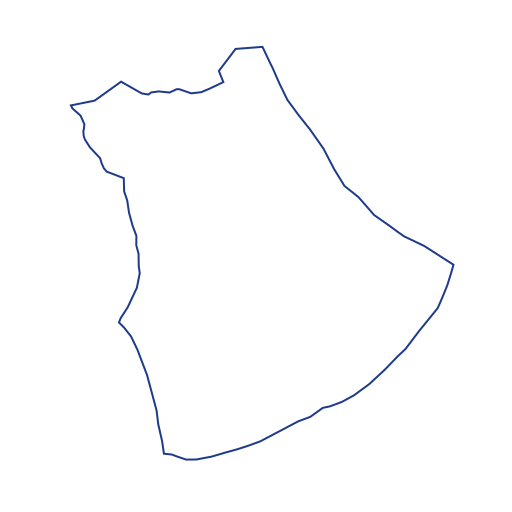 Ukwuani, Delta, Nigeria (Mercator projection), rotated 95°
{"feature_id": "59680162B21365932465956", "entity_name": "Ukwuani", "entity_type": "district", "adm_level": 2, "iso_a3": "NGA", "parent_name": "Nigeria", "parent_adm1": "Delta", "projection": "mercator", "projection_center": [6.243, 5.847], "detail": "fine", "context": "isolated", "style": "outline", "palette": "blue", "viewbox_px": 512, "rotation_deg": 95, "n_neighbors": 0, "source": "geoboundaries", "source_scale": "gbopen_adm2", "svg_char_len": 1367}
<svg xmlns="http://www.w3.org/2000/svg" viewBox="0 0 512 512"><g transform="rotate(95 256 256)"><path d="M122.1,453.5L125.1,451.6L131.5,443.0L139.6,438.5L144.0,438.5L146.6,438.9L151.4,438.1L154.8,436.6L162.1,431.0L166.3,426.4L172.0,420.0L173.2,419.4L177.0,417.9L182.1,415.1L182.8,414.2L185.0,412.1L190.0,394.5L203.1,393.0L212.0,389.1L223.8,386.3L236.3,381.7L246.4,376.9L255.7,376.2L264.0,373.2L276.5,371.9L283.2,370.3L298.0,371.9L318.4,379.4L329.7,385.4L334.2,386.7L338.9,381.1L347.0,373.5L348.3,372.7L359.8,365.9L384.0,354.2L418.5,341.6L432.2,338.7L448.3,333.5L460.5,330.6L461.0,330.5L461.1,322.5L462.4,318.0L464.9,307.9L463.9,297.6L459.7,282.7L454.3,268.9L451.5,261.3L450.0,257.4L445.6,247.0L440.2,235.5L417.0,199.5L413.6,192.3L411.5,187.9L401.5,176.3L399.4,169.4L393.9,157.8L386.2,146.2L373.9,132.2L358.3,118.0L343.7,106.2L335.8,99.1L316.7,87.1L292.0,70.4L280.6,66.6L268.2,62.8L255.7,60.1L247.5,58.5L231.3,89.4L223.6,110.0L219.7,116.8L214.8,124.8L204.9,141.9L191.9,155.4L188.4,159.1L182.4,168.1L178.5,174.0L174.4,177.0L163.0,185.5L143.1,198.2L125.4,213.1L112.1,225.7L97.8,238.3L82.3,247.6L66.6,256.2L63.6,258.1L47.1,267.8L51.5,294.4L74.9,309.1L85.6,303.7L93.5,317.1L97.6,324.9L99.6,334.7L96.5,347.1L96.8,349.6L100.7,356.4L100.5,367.2L102.2,374.7L104.5,377.3L104.0,384.0L94.1,405.6L115.3,430.3L122.1,453.5Z" fill="none" stroke="#1e3a8a" stroke-width="2"/></g></svg>